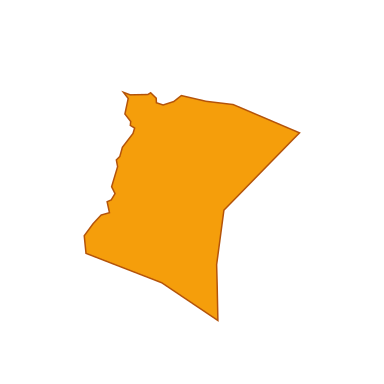 Lee, Texas, United States of America, rotated 236°
{"feature_id": "52423323B12429161322070", "entity_name": "Lee", "entity_type": "district", "adm_level": 2, "iso_a3": "USA", "parent_name": "United States of America", "parent_adm1": "Texas", "projection": "equal_earth", "projection_center": [-96.865, 30.295], "detail": "fine", "context": "isolated", "style": "filled", "palette": "amber", "viewbox_px": 384, "rotation_deg": 236, "n_neighbors": 0, "source": "geoboundaries", "source_scale": "gbopen_adm2", "svg_char_len": 634}
<svg xmlns="http://www.w3.org/2000/svg" viewBox="0 0 384 384"><g transform="rotate(236 192 192)"><path d="M179.1,305.1L180.9,314.2L241.5,275.0L259.4,254.3L277.9,237.1L277.2,227.5L280.3,216.7L285.9,212.4L289.8,214.8L297.4,213.2L297.5,209.9L307.1,195.1L313.0,190.9L305.2,191.4L294.2,180.0L284.7,180.6L281.7,178.1L277.1,180.2L273.5,175.8L268.0,159.3L261.8,152.0L260.9,147.2L254.6,144.5L241.3,128.3L233.7,127.3L230.6,120.6L231.4,116.2L221.0,112.0L223.7,103.8L221.1,92.5L216.0,78.2L200.4,69.8L133.6,116.2L71.0,141.6L99.8,160.2L118.0,171.8L132.2,184.4L159.1,208.3L179.1,305.1Z" fill="#f59e0b" stroke="#b45309" stroke-width="1.5"/></g></svg>